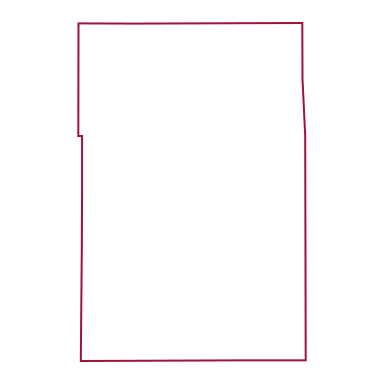 the district of Kandiyohi, Minnesota, United States of America
{"feature_id": "52423323B77722174997843", "entity_name": "Kandiyohi", "entity_type": "district", "adm_level": 2, "iso_a3": "USA", "parent_name": "United States of America", "parent_adm1": "Minnesota", "projection": "orthographic", "projection_center": [-95.062, 45.152], "detail": "fine", "context": "isolated", "style": "outline", "palette": "rose", "viewbox_px": 384, "rotation_deg": 0, "n_neighbors": 0, "source": "geoboundaries", "source_scale": "gbopen_adm2", "svg_char_len": 271}
<svg xmlns="http://www.w3.org/2000/svg" viewBox="0 0 384 384"><path d="M78.5,23.4L78.3,136.0L82.1,136.0L82.1,191.9L81.8,248.2L80.8,361.0L247.7,360.3L305.7,360.3L305.2,135.6L302.5,79.2L302.3,23.0L134.7,23.6L78.5,23.4Z" fill="none" stroke="#9f1239" stroke-width="2"/></svg>